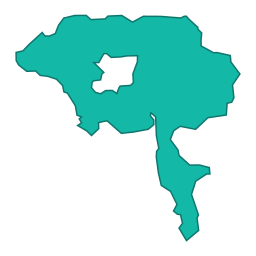 Kollo, Tillabéri, Niger
{"feature_id": "23599985B29201413246391", "entity_name": "Kollo", "entity_type": "district", "adm_level": 2, "iso_a3": "NER", "parent_name": "Niger", "parent_adm1": "Tillabéri", "projection": "orthographic", "projection_center": [2.24, 13.192], "detail": "fine", "context": "isolated", "style": "filled", "palette": "teal", "viewbox_px": 256, "rotation_deg": 0, "n_neighbors": 0, "source": "geoboundaries", "source_scale": "gbopen_adm2", "svg_char_len": 1579}
<svg xmlns="http://www.w3.org/2000/svg" viewBox="0 0 256 256"><path d="M42.2,32.5L28.9,44.6L22.9,50.9L16.1,52.4L16.2,60.6L18.6,64.9L26.7,71.3L35.6,71.0L40.2,75.4L47.7,76.3L56.5,79.2L62.6,85.5L63.9,91.9L67.4,93.1L75.4,105.8L77.0,115.2L81.6,116.9L79.2,118.9L81.6,122.8L77.6,125.5L86.6,130.8L91.5,135.5L98.7,128.7L98.5,122.7L103.2,121.5L107.2,120.9L121.3,133.3L133.0,132.1L148.2,129.3L153.8,124.7L153.8,120.0L150.3,115.8L151.0,112.9L155.6,116.8L156.4,135.8L158.8,148.5L156.6,151.3L156.3,157.0L158.4,172.8L161.3,185.5L170.6,191.4L177.0,204.4L173.5,211.0L177.5,214.3L180.5,214.6L182.5,223.3L179.0,228.1L186.5,240.6L193.5,234.7L198.6,230.4L198.4,228.6L197.0,217.9L198.5,215.1L191.5,194.4L194.4,185.3L195.7,181.2L206.6,174.0L209.9,174.0L209.3,167.6L199.5,165.0L189.7,165.1L179.0,155.4L178.0,150.0L170.3,139.6L173.7,130.7L180.2,126.3L195.6,129.3L207.9,117.7L226.3,115.0L227.1,103.3L231.7,102.2L233.9,97.8L233.3,92.1L232.5,84.9L239.9,74.0L230.9,62.0L230.3,55.5L217.2,52.6L213.4,52.7L201.2,46.0L201.0,40.4L201.7,33.0L198.1,29.4L197.7,27.2L188.9,19.2L186.3,16.2L184.2,16.3L180.8,18.0L160.7,16.4L143.3,16.3L132.5,22.1L121.8,15.5L107.9,16.1L105.2,18.9L90.9,19.6L86.2,15.4L82.7,15.4L74.6,15.5L63.8,18.1L58.5,25.3L55.3,33.6L49.2,36.1L44.8,35.9L42.2,32.5ZM93.8,62.6L98.8,62.6L103.8,53.7L106.7,53.6L111.2,57.4L120.9,56.9L126.9,55.9L137.5,55.7L137.4,61.8L132.9,73.8L133.4,82.6L130.5,85.4L120.1,86.1L118.8,88.1L116.9,93.5L112.2,90.4L105.6,90.6L100.7,93.8L95.5,92.4L91.5,87.8L92.1,82.5L93.5,80.8L100.6,79.9L101.8,74.1L103.8,72.4L93.8,62.6Z" fill="#14b8a6" stroke="#0f766e" stroke-width="1.5"/></svg>